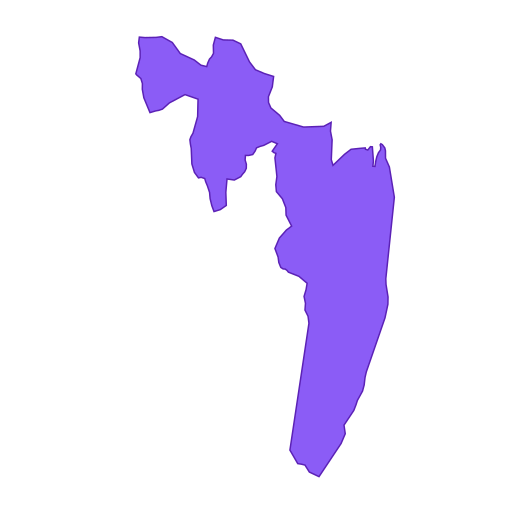 the border of Ampāra, rotated 5°
{"feature_id": "LKA-2451", "entity_name": "Ampāra", "entity_type": "District", "adm_level": 1, "iso_a3": "LKA", "parent_name": "Sri Lanka", "parent_adm1": "", "projection": "natural_earth1", "projection_center": [81.481, 7.125], "detail": "fine", "context": "isolated", "style": "filled", "palette": "violet", "viewbox_px": 512, "rotation_deg": 5, "n_neighbors": 0, "source": "natural_earth", "source_scale": "10m", "svg_char_len": 2129}
<svg xmlns="http://www.w3.org/2000/svg" viewBox="0 0 512 512"><g transform="rotate(5 256 256)"><path d="M355.4,138.8L355.7,140.1L358.1,140.7L360.5,137.1L362.4,137.1L364.7,151.2L364.6,156.4L366.7,156.4L367.0,151.4L367.7,146.6L369.0,142.4L370.8,139.5L370.8,137.1L370.7,136.6L370.0,134.4L370.6,133.3L372.2,134.1L374.9,137.1L375.8,139.9L376.5,147.3L381.1,155.7L388.7,185.4L387.3,267.4L388.0,273.0L391.1,285.3L391.6,292.6L389.9,306.4L376.0,361.8L375.2,367.5L375.0,375.0L373.9,381.3L369.6,391.0L368.6,395.4L366.9,401.3L361.1,411.9L358.4,416.8L360.4,425.3L357.1,435.4L338.0,470.3L335.3,469.3L328.0,466.6L323.0,460.0L319.2,459.4L315.7,459.2L306.7,446.4L314.6,318.4L313.1,311.5L309.5,305.6L309.4,298.8L307.4,292.1L308.8,285.2L309.3,278.7L300.5,272.5L289.7,269.3L288.2,267.7L286.3,266.5L284.1,266.5L281.7,265.2L279.3,260.5L278.1,255.1L274.2,246.9L277.7,236.1L284.0,227.5L288.9,223.1L282.4,212.7L281.5,205.2L277.3,196.7L270.7,190.1L269.5,183.3L269.9,175.0L266.3,156.6L266.9,152.0L264.9,151.5L263.0,150.2L267.5,142.3L261.6,140.4L254.1,145.1L250.4,146.5L247.1,148.2L246.0,151.5L243.9,155.2L239.8,156.5L236.7,156.7L236.8,161.3L238.4,165.4L238.7,169.5L237.4,173.0L235.3,175.9L233.9,178.3L227.8,182.2L220.4,181.8L220.4,195.2L222.0,208.2L216.4,212.9L210.3,215.4L207.6,209.7L205.3,202.9L204.2,196.7L201.5,190.4L199.4,186.4L198.2,183.3L194.5,182.4L191.9,183.2L187.4,178.1L184.1,169.9L182.1,154.5L180.9,150.2L180.0,145.9L180.8,142.8L182.5,139.2L185.7,122.2L184.6,104.8L171.2,101.4L156.4,111.0L150.0,117.8L146.4,119.4L143.4,120.2L137.9,122.4L130.5,108.2L128.2,99.8L127.8,94.1L125.8,89.2L121.3,86.0L120.4,85.0L123.3,68.5L122.7,61.8L120.5,53.9L120.7,48.1L126.4,48.1L137.6,46.9L143.1,45.7L154.0,50.6L162.9,60.9L177.4,66.1L184.5,70.7L190.4,71.6L191.1,68.0L192.5,63.9L194.4,61.5L196.0,57.8L195.1,49.6L196.5,41.7L204.6,43.6L214.3,43.0L222.3,46.0L232.6,63.2L239.2,70.5L248.4,73.5L257.9,75.6L257.5,86.1L254.5,96.2L255.1,102.0L257.9,107.2L267.3,113.8L272.4,119.5L292.2,123.4L312.2,120.9L319.2,116.3L319.3,125.1L321.7,133.6L322.6,153.4L324.8,159.0L335.3,147.0L341.4,141.4L349.6,139.8L355.4,138.8Z" fill="#8b5cf6" stroke="#5b21b6" stroke-width="1.5"/></g></svg>